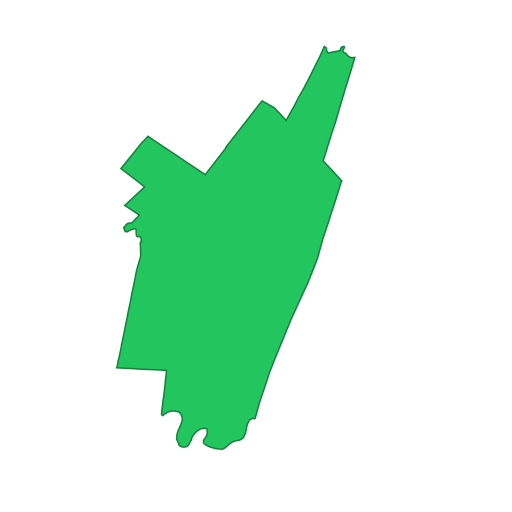 the district of Ciorani, Prahova, Romania, rotated 335°
{"feature_id": "2599482B52551165147319", "entity_name": "Ciorani", "entity_type": "district", "adm_level": 2, "iso_a3": "ROU", "parent_name": "Romania", "parent_adm1": "Prahova", "projection": "natural_earth1", "projection_center": [26.426, 44.821], "detail": "fine", "context": "isolated", "style": "filled", "palette": "green", "viewbox_px": 512, "rotation_deg": 335, "n_neighbors": 0, "source": "geoboundaries", "source_scale": "gbopen_adm2", "svg_char_len": 6044}
<svg xmlns="http://www.w3.org/2000/svg" viewBox="0 0 512 512"><g transform="rotate(335 256 256)"><path d="M186.2,403.0L186.7,402.6L191.8,396.8L191.9,396.4L193.3,394.9L195.2,392.9L196.1,391.6L199.4,388.0L209.6,377.4L220.9,365.3L221.8,364.6L225.7,361.0L228.7,358.1L233.3,353.8L237.4,350.1L241.7,346.1L242.7,345.2L247.7,340.6L251.1,337.4L251.7,336.9L252.1,336.4L254.4,334.4L260.4,328.8L274.4,316.9L285.7,307.2L288.2,305.2L292.7,301.3L305.3,289.4L311.1,283.7L324.0,268.6L325.0,267.5L326.3,266.2L327.6,264.7L329.6,262.7L334.3,257.7L337.0,254.8L338.1,253.7L342.1,249.2L347.0,244.1L355.1,235.3L355.9,234.5L363.6,226.0L364.2,225.1L365.5,224.3L362.5,214.8L360.0,207.0L357.1,198.1L358.5,196.6L360.5,194.5L364.1,190.5L368.0,186.2L369.9,184.1L371.1,182.8L372.8,181.0L375.8,177.5L376.9,176.4L379.9,173.3L380.9,172.2L382.1,171.0L384.1,168.8L385.4,167.3L386.1,166.7L386.6,165.9L387.5,164.9L406.7,143.2L422.1,126.2L427.1,120.5L427.7,119.7L428.4,119.1L428.7,118.7L429.5,117.8L428.5,117.4L428.1,117.2L426.8,117.0L426.7,116.9L426.4,116.7L426.2,116.3L426.0,116.2L425.2,115.5L424.8,115.1L424.6,114.8L424.4,114.5L424.3,114.3L424.3,114.2L424.2,114.0L424.0,113.4L423.9,113.1L423.6,112.4L423.5,112.0L423.2,111.0L422.9,110.1L422.5,109.5L422.4,109.4L422.0,109.1L421.9,109.0L421.8,108.8L421.6,108.3L421.3,107.7L421.0,107.1L421.7,106.4L422.9,105.5L423.6,104.9L424.3,103.9L424.5,103.7L424.3,103.3L424.2,103.2L423.8,103.0L423.0,103.0L422.0,102.9L421.6,102.9L421.4,102.9L421.1,103.3L419.5,104.8L418.9,105.1L418.5,105.3L418.3,105.3L418.1,105.3L417.1,104.9L416.6,104.7L416.2,104.7L415.6,104.5L415.3,104.5L414.5,104.2L414.0,104.2L413.0,103.9L412.1,103.5L411.8,103.5L411.1,103.4L410.8,103.3L410.2,103.2L409.5,103.1L409.1,103.0L408.8,102.9L408.3,102.8L408.2,102.8L407.8,102.7L407.5,102.6L407.3,102.4L407.1,102.3L407.0,102.2L406.9,101.9L406.9,101.2L406.9,100.1L407.0,99.5L407.0,99.2L407.1,98.8L407.4,98.1L407.4,97.8L407.6,97.5L407.6,97.3L407.6,97.2L407.5,96.9L407.3,96.4L407.1,96.0L407.0,95.8L406.9,95.7L406.7,95.5L406.5,95.1L406.4,95.0L401.5,99.3L399.9,100.7L395.8,104.1L391.9,107.1L384.9,112.7L384.4,113.2L384.0,113.5L383.4,114.0L382.8,114.5L380.2,116.4L379.0,117.4L376.2,119.6L374.5,120.8L373.8,121.4L372.7,122.2L372.1,122.7L371.2,123.5L370.8,123.8L370.3,124.0L370.0,124.2L369.5,124.6L368.0,125.8L367.1,126.4L362.5,129.6L356.3,134.4L353.3,136.8L352.3,137.3L349.2,139.6L348.4,140.2L341.4,145.3L340.6,145.9L340.3,144.7L339.9,143.7L338.9,140.4L337.3,135.5L336.9,134.4L335.3,129.5L333.2,126.5L328.6,120.0L327.5,118.5L327.4,118.3L327.2,118.0L326.4,118.2L323.3,119.8L316.6,123.2L313.5,124.8L308.5,127.4L299.8,131.9L299.0,132.2L298.1,132.7L296.7,133.4L286.1,138.9L285.1,139.3L283.3,140.3L275.5,144.2L274.8,144.5L275.1,145.0L266.3,149.5L263.9,150.7L256.5,154.6L246.7,159.6L244.4,160.8L235.1,145.5L233.0,142.2L229.6,136.5L227.0,132.1L217.7,116.9L214.7,111.9L213.2,109.4L211.4,106.4L210.7,105.2L209.4,103.1L208.7,101.8L205.8,103.0L204.1,103.7L202.0,104.5L201.6,104.7L200.6,105.0L200.1,105.2L197.4,106.5L195.9,107.3L184.8,112.7L179.0,115.5L170.5,119.7L172.1,122.6L173.6,125.6L177.3,132.7L179.5,136.9L180.6,139.1L184.2,146.3L177.5,148.5L158.4,154.7L167.2,168.9L167.5,169.6L164.6,171.0L164.3,171.0L163.8,171.1L163.1,171.2L162.8,171.3L162.5,171.6L162.3,171.7L160.3,172.4L159.2,172.9L158.4,173.3L158.2,173.4L157.9,173.4L157.6,173.4L157.3,173.3L155.8,173.1L154.4,172.3L154.2,172.3L153.9,172.3L152.7,172.4L152.1,172.5L151.7,172.6L151.3,172.8L151.0,173.1L150.7,173.4L150.3,173.7L149.9,173.9L149.7,173.9L149.2,173.8L148.1,174.5L147.9,176.1L147.8,177.9L147.9,178.5L148.0,178.7L148.4,178.9L148.7,179.3L149.7,179.6L151.3,179.5L152.9,179.4L154.2,179.4L155.2,179.7L156.7,179.7L157.7,180.1L158.1,180.5L158.4,181.1L158.4,181.8L157.9,182.6L157.1,184.5L156.5,186.0L156.3,187.2L156.5,188.2L157.0,188.7L158.2,188.8L158.6,189.3L159.4,190.5L159.5,190.8L159.4,191.2L159.1,191.9L159.0,192.4L158.9,192.7L158.5,193.2L158.4,193.5L158.2,193.9L158.2,194.6L157.8,194.5L157.3,194.6L157.0,194.8L156.8,195.0L156.5,195.5L156.3,196.0L156.2,196.4L151.6,207.0L150.3,208.7L146.6,212.9L143.6,216.3L142.2,218.1L140.9,219.6L140.4,220.4L139.3,221.7L138.9,222.3L138.2,223.5L134.6,228.3L129.6,234.9L128.0,237.0L123.6,243.3L118.0,250.7L115.6,253.9L114.4,255.5L114.5,255.7L113.1,257.5L109.9,261.8L106.4,266.5L102.1,272.4L98.6,277.0L96.2,280.2L95.7,281.1L93.2,284.5L89.5,289.4L86.5,293.1L85.3,294.9L84.1,296.5L82.9,298.0L82.5,298.4L85.0,299.8L92.4,303.7L98.3,306.8L99.2,307.4L100.1,307.9L104.3,310.1L106.9,311.5L111.7,314.0L116.9,316.7L117.8,317.1L122.9,319.9L126.5,321.8L124.3,325.7L121.3,330.5L119.6,333.5L118.2,335.9L117.5,336.9L115.4,340.4L113.9,342.8L112.8,344.5L110.3,348.3L109.1,350.2L108.4,351.4L105.6,355.9L103.5,359.6L103.4,359.8L103.5,360.4L104.1,361.3L105.4,360.8L107.3,360.5L109.9,360.3L112.3,360.4L114.5,361.1L116.6,362.1L118.5,363.3L119.9,364.6L120.8,366.2L121.1,368.1L121.0,369.9L120.6,371.9L119.8,373.6L118.5,375.1L116.9,376.7L115.7,377.8L112.0,381.0L109.7,383.4L107.6,386.6L106.6,388.4L106.6,391.6L106.6,392.6L106.5,393.4L106.4,394.1L106.4,394.9L106.5,395.6L106.9,396.2L107.4,396.9L108.0,397.5L110.0,398.8L110.7,399.0L111.6,399.2L112.5,399.4L112.9,399.4L113.6,399.3L114.2,399.2L114.8,398.9L115.4,398.5L116.7,397.6L117.2,397.1L118.1,396.4L119.0,395.9L119.3,395.7L119.8,395.1L120.4,394.4L120.9,393.9L121.8,393.0L123.4,392.0L124.2,391.6L126.6,390.4L129.3,389.7L132.5,389.3L135.7,390.0L137.2,390.8L138.1,391.6L138.3,392.2L138.2,392.9L137.6,394.6L137.3,395.3L136.7,396.3L136.1,397.0L135.5,397.7L134.8,398.3L134.0,398.8L133.2,399.4L132.1,400.0L131.1,400.5L130.4,401.1L129.8,402.3L129.5,403.1L129.6,403.7L129.8,404.4L130.4,405.7L131.0,406.4L131.5,407.2L132.1,408.0L133.0,409.1L136.1,411.8L137.1,412.8L138.4,413.7L140.8,415.1L143.4,416.7L143.9,416.9L145.1,417.0L147.8,416.6L149.6,416.0L153.1,415.1L155.1,414.8L156.3,414.6L157.3,414.6L158.4,414.7L160.6,415.2L162.2,415.7L163.1,415.9L164.4,415.9L166.3,415.7L167.9,415.2L169.4,414.0L171.3,412.3L172.0,411.6L175.2,407.2L176.9,405.0L178.7,403.4L180.3,402.3L181.6,401.8L183.3,401.7L184.7,402.0L186.0,403.0L186.2,403.0Z" fill="#22c55e" stroke="#15803d" stroke-width="1.5"/></g></svg>